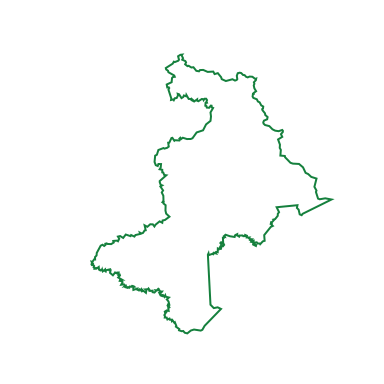 Caucasia, Antioquia, Colombia, rotated 64°
{"feature_id": "7082276B49158804939428", "entity_name": "Caucasia", "entity_type": "district", "adm_level": 2, "iso_a3": "COL", "parent_name": "Colombia", "parent_adm1": "Antioquia", "projection": "orthographic", "projection_center": [-75.012, 7.838], "detail": "fine", "context": "isolated", "style": "outline", "palette": "green", "viewbox_px": 384, "rotation_deg": 64, "n_neighbors": 0, "source": "geoboundaries", "source_scale": "gbopen_adm2", "svg_char_len": 6052}
<svg xmlns="http://www.w3.org/2000/svg" viewBox="0 0 384 384"><g transform="rotate(64 192 192)"><path d="M320.4,244.9L320.4,243.1L317.8,239.3L309.8,217.2L306.9,219.5L305.9,223.3L301.4,224.8L255.3,205.2L254.4,204.1L256.1,204.6L256.5,200.9L257.9,199.7L256.5,200.0L256.1,199.1L257.6,197.5L256.7,197.6L256.4,196.7L257.4,195.3L254.2,193.6L255.2,193.0L253.9,191.1L255.4,191.8L255.8,191.0L253.4,188.6L254.9,187.2L254.1,187.5L253.6,186.3L252.2,186.3L251.3,188.7L250.3,188.9L249.9,188.1L250.7,186.0L246.7,184.3L247.1,183.5L246.1,183.0L246.8,182.1L245.5,182.0L245.1,180.6L248.4,177.3L251.1,173.4L249.9,172.4L250.4,170.8L249.7,170.9L249.7,169.9L250.7,170.5L252.7,169.2L251.9,168.5L253.2,165.7L254.2,165.3L254.3,163.8L255.6,164.0L254.0,163.0L255.4,161.8L256.8,162.8L258.0,160.4L258.4,161.2L259.6,160.7L260.6,159.1L260.9,160.6L262.0,159.7L262.7,160.7L263.2,160.0L262.4,158.8L262.7,157.9L266.0,160.1L268.5,158.2L267.8,157.6L266.1,159.1L265.1,157.4L265.6,155.9L267.0,155.6L268.0,153.7L268.8,153.6L267.4,150.0L267.7,148.1L262.4,146.0L257.9,136.5L257.9,134.3L256.7,134.8L255.8,134.3L255.2,135.2L253.8,134.1L254.2,133.4L253.1,130.6L252.5,130.8L252.8,129.2L251.0,125.4L249.2,124.4L248.3,122.6L242.8,122.6L250.1,103.0L252.3,104.7L254.6,103.9L259.3,105.0L260.9,103.6L260.1,102.1L259.9,69.9L256.1,75.0L254.5,80.4L253.2,81.6L246.3,80.6L245.3,79.5L241.0,79.7L234.5,74.2L230.7,78.2L226.8,79.7L224.6,81.5L218.5,81.4L213.7,83.5L210.7,88.9L208.9,90.7L201.6,93.1L200.3,92.8L198.0,96.6L193.1,93.7L190.8,93.8L188.0,92.2L182.5,91.6L182.0,86.7L179.0,86.7L177.9,84.1L176.9,83.5L175.8,83.7L175.3,87.5L173.3,90.4L170.9,92.2L166.7,93.6L163.8,97.0L161.9,97.7L160.6,97.4L159.4,96.0L159.6,92.6L157.8,91.2L154.8,92.4L153.3,91.9L149.4,92.8L148.3,92.6L148.1,91.6L146.4,90.5L144.5,91.8L141.1,91.9L139.5,93.1L137.1,93.1L134.3,95.6L132.8,95.7L130.5,94.2L130.9,93.5L130.0,93.0L129.5,90.2L126.2,90.5L123.3,89.8L122.1,88.5L120.5,88.3L119.5,85.6L118.2,84.6L118.1,85.6L114.9,87.2L113.5,89.6L113.4,91.7L112.1,92.9L110.0,93.5L109.2,94.8L106.7,95.6L105.7,96.8L105.3,98.8L107.2,100.8L110.4,101.8L110.9,102.8L110.7,104.5L108.4,106.2L107.1,112.9L103.6,115.8L101.6,115.5L96.5,116.7L95.9,120.0L93.1,120.1L90.9,125.3L87.2,128.4L85.9,131.4L86.6,132.8L85.0,135.0L80.5,136.0L79.8,138.0L77.1,139.7L76.9,140.9L74.2,142.2L72.9,140.5L71.4,140.6L68.8,142.8L67.8,141.4L64.6,141.4L64.2,140.6L63.6,142.3L63.9,145.0L67.4,145.7L68.0,146.8L67.7,150.5L66.9,151.2L68.2,153.1L69.1,161.2L70.5,161.5L72.5,160.4L74.0,160.7L79.5,156.9L80.9,157.0L80.3,158.8L80.8,160.0L84.4,162.2L84.3,167.6L87.2,168.4L87.7,167.0L88.6,166.9L89.7,168.3L98.8,169.6L100.1,170.5L100.6,168.3L101.5,168.1L100.2,166.4L100.8,164.6L99.0,162.2L97.5,161.8L98.5,160.8L103.0,160.3L102.8,158.2L101.7,157.0L103.4,155.3L102.3,154.5L106.9,154.2L107.6,152.7L108.9,152.0L108.3,151.5L110.1,150.7L110.1,151.5L111.6,150.4L111.0,146.8L112.1,147.4L113.2,146.5L112.7,142.4L113.5,141.2L114.5,141.3L113.7,139.8L114.4,138.4L116.0,138.2L116.8,139.2L118.3,139.4L117.8,140.7L120.3,142.2L121.0,141.4L122.6,141.7L123.8,139.7L122.6,137.2L123.0,136.6L124.6,137.1L125.7,136.2L128.6,140.5L132.4,141.8L136.2,144.2L137.4,149.7L141.4,155.0L140.5,161.7L143.9,168.0L143.8,169.9L142.2,173.3L139.2,176.5L139.6,178.4L138.1,178.7L138.5,179.8L139.3,179.4L140.2,180.7L138.0,184.6L138.2,185.4L134.7,185.9L134.5,186.8L137.7,190.8L137.3,191.8L141.0,193.0L141.4,195.0L140.9,197.8L140.0,198.4L139.5,203.8L143.1,207.2L143.2,209.2L148.6,212.5L152.0,212.8L153.6,211.4L152.1,209.9L153.3,207.6L156.4,209.5L157.4,211.1L159.0,209.0L161.3,210.1L161.9,209.3L164.5,209.5L165.7,207.8L168.0,216.2L169.0,216.7L171.8,217.0L173.0,215.9L173.2,218.0L177.9,217.3L179.2,219.4L182.8,219.4L187.2,221.4L188.1,222.8L188.6,221.9L189.7,222.7L192.3,221.5L197.1,224.0L200.1,224.7L204.3,223.1L205.3,228.6L204.7,230.9L206.6,232.2L204.2,234.0L205.4,239.1L206.5,240.9L203.9,241.4L202.7,243.7L203.7,247.4L201.2,249.2L206.1,250.4L205.8,251.5L207.3,254.0L207.1,255.6L205.6,256.7L207.0,256.9L205.9,261.7L206.8,263.3L204.0,265.6L204.7,266.6L201.2,270.2L203.1,274.0L200.1,275.9L199.6,278.1L202.1,277.9L203.8,280.1L202.9,280.6L201.6,283.8L201.5,284.3L203.1,284.5L203.4,287.5L201.5,291.0L200.8,291.2L200.5,292.6L201.7,293.1L202.0,294.6L200.2,295.5L200.2,297.6L205.0,304.3L207.2,305.6L208.0,307.7L210.0,308.6L209.5,309.1L211.1,312.2L210.6,312.8L212.1,312.9L213.6,311.9L212.3,313.4L213.1,314.1L213.8,314.0L214.3,312.7L215.5,312.4L216.5,313.4L217.4,312.9L218.2,313.4L218.9,311.7L218.4,311.3L218.9,310.8L218.5,308.7L221.0,309.6L222.3,308.8L222.0,307.7L223.3,307.2L222.8,306.8L224.2,307.0L223.6,304.4L224.5,305.0L225.6,304.4L224.6,303.6L225.5,299.8L226.2,300.4L226.7,299.5L228.7,301.1L232.2,299.6L230.8,296.7L232.1,295.3L231.4,295.4L232.4,294.1L231.9,293.9L232.2,293.2L234.2,294.5L234.5,293.2L235.4,293.3L236.5,295.8L240.2,293.3L239.4,295.1L240.2,295.9L241.3,294.1L242.5,293.9L244.3,296.3L245.1,293.7L246.7,293.1L247.0,293.8L247.2,292.5L248.2,292.9L247.3,293.7L248.2,293.8L250.0,291.8L249.4,291.3L250.0,290.2L249.4,290.1L250.2,290.0L249.7,289.3L250.6,288.0L250.1,287.0L251.2,285.7L251.9,285.4L251.6,286.5L254.3,287.6L254.9,283.4L256.4,284.5L255.8,283.3L257.2,282.8L256.6,281.6L257.8,281.0L257.5,280.5L258.2,280.7L258.2,279.9L259.3,280.4L259.6,278.9L262.4,277.6L260.0,275.9L259.2,276.4L260.0,274.3L259.7,273.5L261.6,273.6L261.4,273.1L262.6,273.0L263.4,270.7L264.8,271.3L265.9,269.8L265.2,267.9L264.3,267.9L265.0,266.8L263.9,263.9L265.2,265.4L265.8,264.4L267.6,264.1L268.3,262.6L269.0,263.9L268.1,265.6L270.8,265.6L271.3,264.5L271.7,265.1L272.6,264.3L272.2,263.2L274.2,262.8L273.1,261.3L274.6,261.5L276.7,259.0L277.5,261.7L280.1,261.1L282.9,261.7L282.4,262.6L283.2,263.5L283.8,262.8L284.0,263.7L284.9,263.7L284.7,262.9L285.8,262.9L285.9,264.2L288.6,265.1L287.6,266.3L288.3,267.2L287.4,267.3L287.6,268.9L289.5,269.2L290.5,270.8L291.8,270.7L292.9,271.5L293.8,269.8L295.8,270.0L295.9,267.7L297.2,267.8L297.9,266.1L299.2,266.6L299.0,265.7L301.8,265.2L301.6,264.5L305.5,264.8L306.0,265.5L309.6,263.5L310.6,264.3L312.6,262.3L313.1,260.8L315.3,260.2L317.0,258.2L316.0,253.8L316.5,250.5L320.4,244.9Z" fill="none" stroke="#15803d" stroke-width="2"/></g></svg>